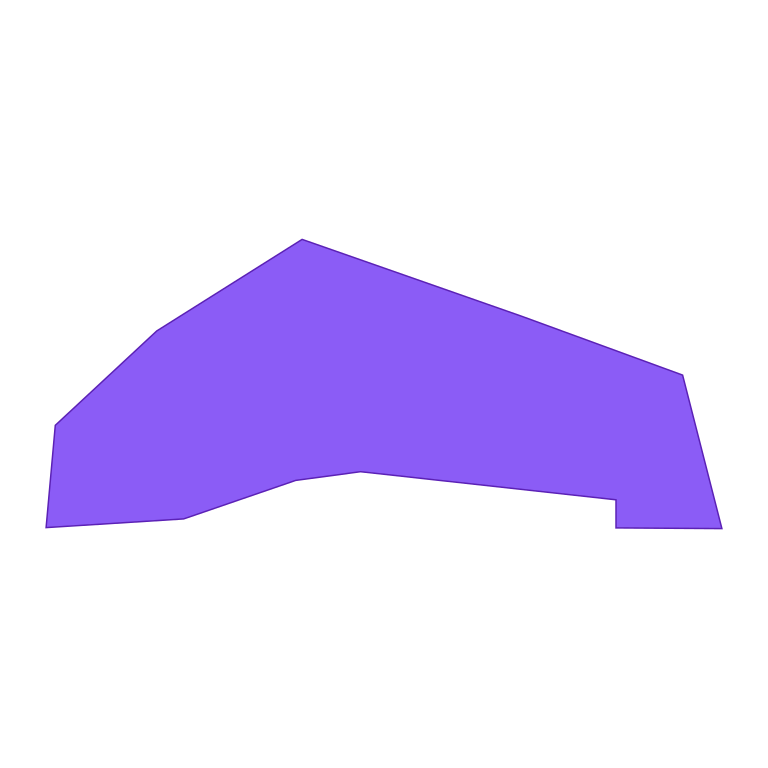 SVG path tracing the border of Galway
{"feature_id": "IRL-5568", "entity_name": "Galway", "entity_type": "City", "adm_level": 1, "iso_a3": "IRL", "parent_name": "Ireland", "parent_adm1": "", "projection": "robinson", "projection_center": [-9.01, 53.297], "detail": "fine", "context": "isolated", "style": "filled", "palette": "violet", "viewbox_px": 768, "rotation_deg": 0, "n_neighbors": 0, "source": "natural_earth", "source_scale": "10m", "svg_char_len": 286}
<svg xmlns="http://www.w3.org/2000/svg" viewBox="0 0 768 768"><path d="M616.0,527.9L616.0,499.8L360.5,471.7L295.7,480.4L183.7,518.9L46.1,527.6L55.3,425.3L156.8,330.9L302.1,239.4L521.2,316.1L682.6,375.1L721.9,528.6L616.0,527.9Z" fill="#8b5cf6" stroke="#5b21b6" stroke-width="1.5"/></svg>